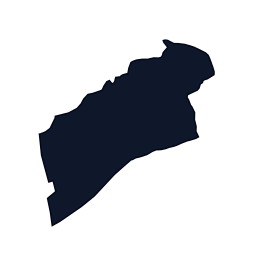 As-Safira, Aleppo, Syria, rotated 76°
{"feature_id": "27442178B22464389911891", "entity_name": "As-Safira", "entity_type": "district", "adm_level": 2, "iso_a3": "SYR", "parent_name": "Syria", "parent_adm1": "Aleppo", "projection": "orthographic", "projection_center": [37.544, 35.815], "detail": "fine", "context": "isolated", "style": "filled", "palette": "ink", "viewbox_px": 256, "rotation_deg": 76, "n_neighbors": 0, "source": "geoboundaries", "source_scale": "gbopen_adm2", "svg_char_len": 2167}
<svg xmlns="http://www.w3.org/2000/svg" viewBox="0 0 256 256"><g transform="rotate(76 128 128)"><path d="M99.1,195.7L99.5,195.8L99.8,195.9L100.4,196.1L100.9,196.3L101.4,196.7L101.9,197.1L102.3,197.6L102.8,197.9L103.3,198.3L103.8,198.7L104.1,199.0L104.4,199.3L104.9,199.7L105.4,200.1L105.9,200.5L106.8,201.3L107.3,201.7L107.8,202.1L108.3,202.5L108.8,202.9L109.3,203.4L109.7,203.7L109.9,204.3L110.2,205.0L110.5,205.6L110.7,206.2L111.0,206.9L111.3,207.6L111.6,208.2L111.8,208.8L112.0,209.0L111.9,209.5L112.1,210.5L112.2,211.2L112.4,212.4L112.3,212.6L112.4,213.0L112.5,213.6L112.6,214.2L112.7,214.8L112.5,215.4L117.5,216.1L121.7,216.7L128.5,217.7L133.4,218.4L139.9,218.3L155.4,218.0L161.2,217.9L161.0,213.4L172.2,213.4L176.8,223.0L180.6,223.2L190.9,223.6L204.3,225.1L202.0,216.7L192.7,192.0L185.7,177.1L169.8,152.6L163.5,140.6L159.6,132.9L159.6,131.2L159.0,128.9L158.7,127.7L158.8,124.1L158.6,119.8L158.4,118.4L158.3,116.3L157.4,113.1L157.2,112.4L157.0,111.8L156.4,109.9L156.2,107.9L156.0,106.9L155.9,106.0L156.2,104.5L156.9,100.9L157.0,96.3L156.6,92.7L156.7,88.1L156.3,84.0L156.1,83.3L155.5,79.7L155.3,78.7L155.2,77.6L155.1,76.9L154.7,73.8L154.7,73.2L154.7,71.0L154.6,68.8L154.5,66.7L154.4,65.2L154.3,64.6L154.2,64.0L153.9,62.9L153.6,61.8L148.6,62.8L147.6,63.0L143.8,61.8L142.9,61.6L136.1,61.6L131.7,60.4L129.0,59.7L122.9,61.0L120.9,61.9L115.7,62.5L112.4,63.4L110.1,62.2L109.2,58.1L108.0,51.7L106.5,49.5L102.8,47.3L101.9,44.9L100.4,44.0L99.6,42.5L99.4,39.1L97.2,32.2L97.0,31.7L94.2,30.9L89.8,31.1L86.9,31.4L83.4,31.7L79.4,32.2L76.9,32.7L74.0,34.6L71.8,37.1L69.7,39.5L65.6,44.5L63.3,48.2L60.6,53.0L58.3,59.0L57.2,63.2L55.4,65.2L55.0,65.7L52.6,68.4L51.7,70.6L51.7,72.6L53.7,72.4L56.2,71.2L59.5,69.9L62.0,73.7L63.5,75.7L65.3,76.5L67.4,78.3L67.7,81.0L66.3,86.0L66.2,90.3L66.2,92.0L64.8,97.8L64.2,103.4L64.7,107.6L65.3,109.3L69.9,112.5L75.6,115.1L75.3,115.7L75.1,116.3L75.2,120.2L75.8,122.2L76.6,122.7L76.0,127.6L77.9,128.7L79.1,129.2L81.0,130.9L81.2,132.9L79.0,133.9L77.5,134.6L78.0,137.3L81.6,141.2L83.8,142.9L85.2,144.3L85.5,148.0L86.0,153.5L85.8,158.7L89.1,163.8L93.3,167.6L96.8,172.7L99.1,182.1L99.1,195.7Z" fill="#0f172a" stroke="#020617" stroke-width="1.5"/></g></svg>